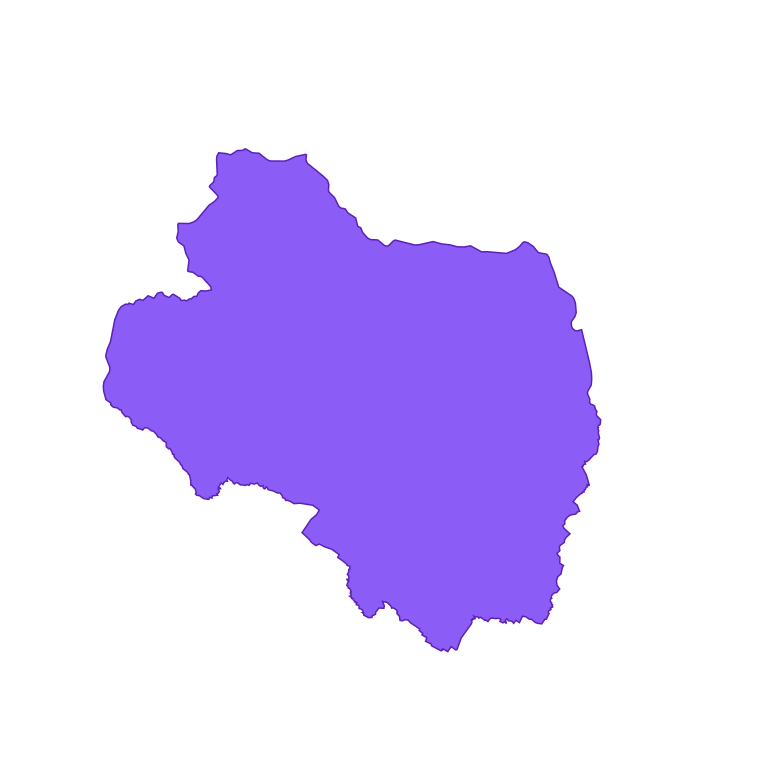 outline of Na Yong, Trang, Thailand, rotated 307°
{"feature_id": "78962969B91154230125686", "entity_name": "Na Yong", "entity_type": "district", "adm_level": 2, "iso_a3": "THA", "parent_name": "Thailand", "parent_adm1": "Trang", "projection": "equal_earth", "projection_center": [99.716, 7.559], "detail": "fine", "context": "isolated", "style": "filled", "palette": "violet", "viewbox_px": 768, "rotation_deg": 307, "n_neighbors": 0, "source": "geoboundaries", "source_scale": "gbopen_adm2", "svg_char_len": 6171}
<svg xmlns="http://www.w3.org/2000/svg" viewBox="0 0 768 768"><g transform="rotate(307 384 384)"><path d="M188.0,512.1L190.3,514.9L191.7,514.1L194.9,515.8L196.8,514.7L202.0,514.8L204.8,518.9L206.9,517.9L209.5,513.7L211.4,518.0L210.8,523.2L209.6,525.1L210.7,525.9L211.2,529.5L210.2,531.8L209.5,531.7L208.3,532.7L207.8,536.1L204.8,539.1L205.9,541.2L208.5,542.7L210.0,545.6L209.2,548.7L209.9,560.0L208.3,560.4L208.1,565.1L206.4,565.3L207.2,570.9L203.5,572.0L204.8,578.3L203.5,579.5L205.3,590.2L206.2,590.1L206.6,590.9L207.9,590.5L208.7,596.0L214.7,595.7L214.8,601.3L215.8,602.1L227.7,598.5L245.0,598.1L247.0,597.4L248.3,595.7L248.7,596.5L249.9,596.2L250.1,597.2L251.1,597.0L251.5,597.8L252.7,595.6L252.9,597.3L254.3,598.5L254.6,599.8L254.1,600.6L255.9,601.6L255.9,606.7L256.7,607.3L256.8,609.9L260.6,610.0L262.3,611.3L263.4,613.8L265.9,616.6L266.4,618.8L264.2,619.5L264.8,622.7L266.7,623.5L266.4,625.4L266.9,625.4L268.5,623.1L270.4,623.6L270.6,624.2L269.7,625.6L271.5,628.8L270.9,631.6L274.7,631.6L274.9,635.7L281.9,634.4L283.5,637.4L283.6,641.4L284.9,643.4L284.6,648.3L285.2,650.5L287.4,654.4L293.0,654.0L293.9,655.2L300.1,654.0L300.2,652.8L302.0,652.1L304.3,653.1L305.2,651.7L307.5,652.9L308.2,651.6L309.2,651.4L309.1,650.4L310.1,649.5L310.6,647.6L312.3,646.4L313.7,647.0L314.5,645.8L316.8,645.1L319.7,645.7L321.3,647.4L326.0,647.7L327.5,643.2L330.4,640.3L334.5,638.7L338.7,639.7L344.5,637.0L347.1,636.6L346.6,632.3L351.7,628.6L351.8,626.3L353.0,624.1L356.6,624.8L359.3,622.2L360.8,621.8L366.0,623.3L368.0,622.1L371.2,621.8L376.3,622.7L377.0,614.7L378.4,612.1L380.9,612.7L383.6,610.6L387.8,610.5L391.5,611.7L395.6,615.4L398.4,615.6L400.1,616.8L403.6,611.0L403.7,605.9L409.4,606.0L414.7,607.1L415.7,607.9L417.4,607.7L418.0,608.8L420.0,607.7L420.5,608.2L423.0,607.8L424.3,608.3L425.8,606.7L426.6,607.4L426.2,608.6L426.8,608.8L433.2,600.2L437.1,591.8L438.0,592.5L439.3,591.8L441.4,593.1L442.2,591.2L442.9,590.8L444.0,592.7L446.4,593.4L453.8,594.1L455.8,595.5L458.9,594.9L462.2,592.8L465.3,591.9L468.1,588.3L468.8,589.1L470.5,588.7L474.1,584.4L475.8,583.7L477.2,581.4L478.2,581.6L478.4,580.6L479.9,580.1L480.7,580.9L482.2,580.8L485.9,578.5L486.7,572.7L488.4,571.2L490.1,570.7L491.4,567.6L493.1,565.6L493.1,563.7L492.3,561.2L492.9,559.5L495.8,557.4L498.7,552.3L500.6,551.2L508.0,550.1L513.4,546.6L518.1,542.6L524.8,535.2L546.3,509.1L542.5,506.1L541.6,504.5L541.8,500.9L543.6,498.3L546.6,496.1L552.9,495.9L556.6,494.6L563.5,488.5L565.2,486.2L566.9,483.2L567.3,480.8L566.5,465.3L576.0,452.1L581.1,443.6L584.5,439.4L585.6,435.9L581.8,428.2L583.7,420.4L583.4,413.9L582.1,410.6L580.7,409.8L575.5,409.5L570.2,408.1L562.0,403.2L551.5,386.4L548.3,382.5L546.4,369.9L541.7,365.6L537.6,359.8L534.8,352.8L530.6,345.8L527.3,337.5L516.2,328.1L513.5,324.9L505.7,306.3L504.1,305.4L496.6,304.2L494.9,301.6L495.3,292.3L491.3,286.5L490.7,283.0L492.2,275.7L494.8,271.4L494.1,268.2L499.6,261.4L498.9,252.5L500.5,247.4L498.6,243.8L498.8,240.7L503.1,232.3L504.1,224.7L505.2,223.1L510.0,220.0L512.6,216.4L513.4,210.0L514.1,189.8L516.4,186.4L520.3,184.3L520.3,183.2L512.3,176.4L505.3,172.7L502.2,170.4L494.3,159.9L493.3,158.2L492.8,155.3L493.1,145.3L489.4,139.7L488.5,132.0L487.8,131.2L485.7,130.7L482.2,126.4L474.7,123.6L473.1,119.4L469.2,112.8L465.4,113.4L462.5,115.2L451.0,124.7L449.9,125.1L446.7,124.3L443.7,126.1L442.1,126.3L437.6,125.5L436.4,125.9L434.4,137.8L433.8,138.9L432.7,139.3L427.6,138.7L421.6,136.7L402.3,135.7L398.8,134.4L394.9,131.8L388.6,123.2L387.2,123.4L382.0,127.8L375.7,130.7L373.7,134.5L373.9,141.1L368.9,147.3L365.8,153.6L356.1,159.2L356.1,160.1L358.3,164.3L358.3,170.6L360.0,173.6L357.4,187.3L355.1,189.5L351.1,185.8L348.2,181.5L344.8,180.9L341.4,181.7L339.4,179.4L336.0,178.8L334.8,177.4L331.3,176.1L331.0,174.3L328.6,171.8L329.6,169.2L328.9,161.8L327.8,160.9L324.3,160.5L323.6,159.8L322.5,155.1L323.7,151.9L323.2,150.7L320.0,148.4L314.1,148.7L312.5,142.5L305.6,141.1L304.6,137.8L300.8,135.8L296.7,136.0L295.0,131.6L293.5,131.6L292.3,129.6L287.9,127.6L283.1,127.6L273.3,130.3L253.2,140.1L245.5,142.0L239.4,144.6L238.1,145.7L232.6,154.6L230.9,156.1L228.3,157.4L217.2,159.0L213.4,161.1L209.5,164.5L204.2,171.4L204.4,177.4L202.9,178.3L202.6,181.9L204.5,185.7L204.3,188.4L205.1,189.8L203.7,191.5L202.4,197.3L203.6,198.3L204.2,200.4L203.2,203.9L201.6,204.7L199.9,208.3L201.0,211.4L200.2,214.0L201.4,216.2L202.0,219.0L205.0,219.2L206.7,221.6L206.7,226.5L207.5,228.3L206.9,232.4L205.7,235.3L206.5,237.9L205.7,242.2L206.4,245.1L202.9,247.9L202.6,250.9L203.4,251.3L203.4,252.5L202.3,255.4L200.7,257.2L201.3,258.8L200.2,259.4L199.2,261.2L198.5,267.8L197.3,270.0L197.1,271.9L195.4,274.4L195.2,280.2L194.2,282.3L194.5,283.2L190.3,288.1L187.0,290.6L187.6,291.7L187.1,292.4L186.6,296.4L184.4,299.2L182.8,299.5L182.4,301.5L183.7,303.5L184.0,309.0L186.4,313.5L188.5,313.0L189.5,315.3L191.2,314.1L195.1,318.1L195.9,316.5L197.3,317.4L199.1,317.2L200.2,314.9L202.0,316.5L202.3,315.9L201.8,314.0L206.2,313.4L206.8,313.6L206.9,315.9L208.9,315.3L211.0,316.0L212.2,317.5L213.3,315.9L215.2,315.6L214.8,319.5L215.1,321.2L214.0,323.7L214.2,324.7L216.4,325.4L217.0,326.9L217.0,330.1L218.6,332.1L219.2,334.0L221.2,335.2L221.8,337.2L224.4,337.2L226.0,340.6L228.7,342.5L228.0,344.7L228.0,347.0L230.0,348.6L228.4,350.1L228.3,351.6L228.8,352.1L230.8,351.8L230.9,353.2L229.9,355.1L232.1,360.4L232.7,364.2L234.4,366.6L233.4,370.2L232.2,371.4L232.9,373.6L231.8,375.5L233.0,376.9L234.1,380.8L234.2,384.0L238.2,388.6L244.3,400.0L244.4,406.6L244.3,408.2L239.0,408.8L231.9,407.2L216.0,408.0L214.9,418.0L213.9,421.1L213.9,426.7L217.3,428.7L218.1,434.1L220.6,441.8L220.8,450.8L217.6,451.4L217.9,457.7L217.6,463.4L216.9,463.7L217.9,466.3L216.0,468.0L214.8,467.4L212.4,469.0L209.8,469.3L209.6,471.2L208.1,472.6L206.6,473.2L205.6,471.9L205.2,472.8L205.6,474.0L205.1,474.7L204.7,474.2L200.7,475.5L200.7,477.1L199.5,478.4L200.1,479.6L198.5,482.7L197.5,482.5L197.3,483.2L196.3,483.3L196.3,484.2L195.2,485.2L193.9,484.3L194.0,486.3L193.3,487.3L193.9,488.0L193.1,489.2L193.1,491.2L192.2,491.6L193.0,493.1L193.1,494.2L191.9,493.9L191.0,494.8L192.0,496.8L191.5,497.9L189.7,499.1L190.6,501.6L190.3,503.1L189.2,505.0L188.4,504.3L188.4,506.1L187.2,506.9L188.0,512.1Z" fill="#8b5cf6" stroke="#5b21b6" stroke-width="1.5"/></g></svg>